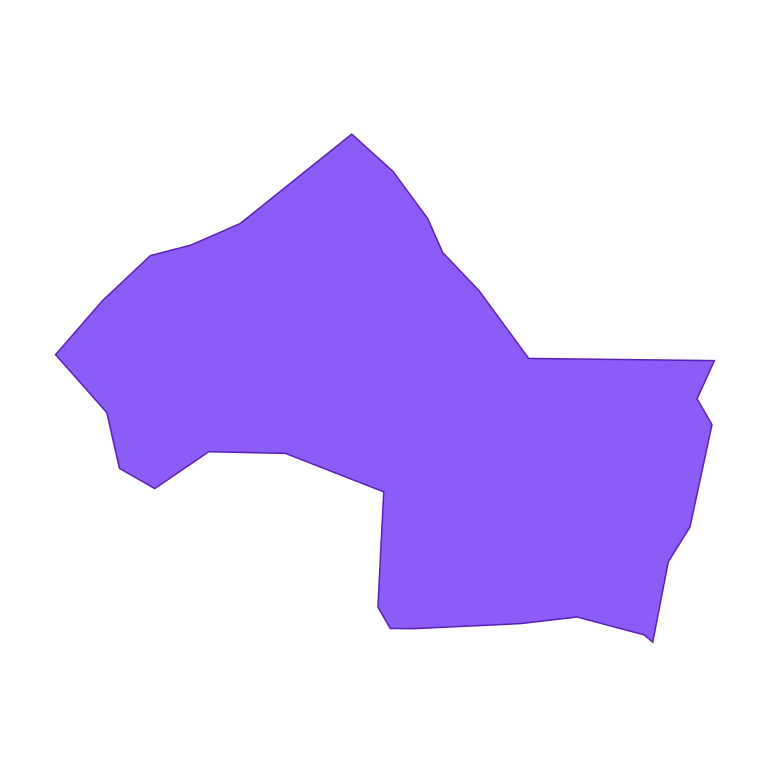 the district of Dioundiou, Dosso, Niger, rotated 272°
{"feature_id": "23599985B87103937584190", "entity_name": "Dioundiou", "entity_type": "district", "adm_level": 2, "iso_a3": "NER", "parent_name": "Niger", "parent_adm1": "Dosso", "projection": "orthographic", "projection_center": [3.586, 12.653], "detail": "fine", "context": "isolated", "style": "filled", "palette": "violet", "viewbox_px": 768, "rotation_deg": 272, "n_neighbors": 0, "source": "geoboundaries", "source_scale": "gbopen_adm2", "svg_char_len": 540}
<svg xmlns="http://www.w3.org/2000/svg" viewBox="0 0 768 768"><g transform="rotate(272 384 384)"><path d="M135.4,661.6L216.1,674.3L251.9,694.8L354.8,713.2L380.2,697.4L418.9,713.4L414.6,527.7L480.6,475.7L517.4,438.1L550.7,422.0L596.7,385.6L632.6,343.0L539.3,234.6L516.2,186.3L504.2,146.1L457.3,99.6L401.7,54.6L401.2,55.4L345.8,107.9L290.4,122.6L271.5,158.5L310.2,211.2L311.2,287.9L276.2,387.5L160.8,385.7L139.9,398.8L140.5,422.2L149.3,528.8L157.9,585.0L142.4,652.6L135.4,661.6Z" fill="#8b5cf6" stroke="#5b21b6" stroke-width="1.5"/></g></svg>